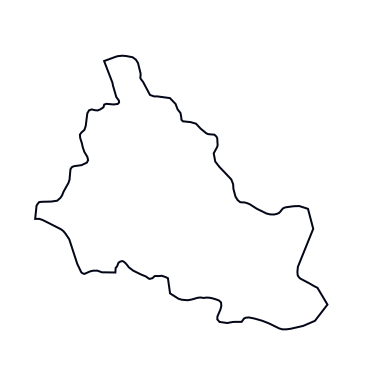 Uri, orthographic projection, rotated 279°
{"feature_id": "CHE-175", "entity_name": "Uri", "entity_type": "Canton", "adm_level": 1, "iso_a3": "CHE", "parent_name": "Switzerland", "parent_adm1": "", "projection": "orthographic", "projection_center": [8.637, 46.761], "detail": "fine", "context": "isolated", "style": "outline", "palette": "ink", "viewbox_px": 384, "rotation_deg": 279, "n_neighbors": 0, "source": "natural_earth", "source_scale": "10m", "svg_char_len": 2292}
<svg xmlns="http://www.w3.org/2000/svg" viewBox="0 0 384 384"><g transform="rotate(279 192 192)"><path d="M154.1,40.6L155.9,41.3L158.1,42.6L158.8,45.0L160.5,54.3L162.3,60.2L165.7,63.0L168.3,64.2L172.3,65.1L181.8,68.6L185.1,69.1L195.4,68.4L197.7,69.4L199.0,71.3L201.2,78.6L204.5,83.5L207.2,84.4L210.2,83.2L214.8,79.4L219.1,77.1L222.5,75.8L227.9,73.1L231.1,72.3L233.5,73.5L236.5,76.0L240.6,76.7L253.4,76.3L256.6,77.6L257.9,80.1L257.6,83.0L257.8,86.1L259.2,88.4L261.8,91.3L264.6,91.6L265.7,93.6L266.2,100.9L267.3,104.8L269.0,106.0L271.0,105.4L273.9,102.4L285.2,97.1L287.2,96.5L307.6,84.7L313.8,95.8L314.6,97.6L315.7,101.8L316.0,105.7L315.8,112.3L313.9,115.9L310.9,118.5L301.2,122.6L299.2,123.0L297.6,123.0L296.4,123.2L295.1,124.3L293.0,126.5L281.3,135.3L280.5,139.6L281.0,142.8L281.3,155.5L276.4,162.0L271.3,164.9L268.3,168.2L265.1,169.4L261.7,170.3L260.4,171.9L260.8,179.7L260.1,185.3L256.0,190.5L252.3,196.8L251.8,198.3L251.7,199.2L252.1,205.2L250.6,207.4L249.1,208.5L242.2,210.0L240.4,209.8L233.6,207.4L225.7,210.2L221.2,215.0L210.6,228.8L206.2,231.4L201.6,232.4L194.2,235.7L191.1,238.4L189.5,241.2L189.6,243.3L189.9,245.1L189.7,247.7L188.9,251.1L185.6,258.6L182.4,269.0L182.1,272.7L182.6,276.5L183.6,279.1L184.9,281.2L186.5,282.4L188.5,283.4L190.3,284.7L191.5,286.8L193.9,294.8L194.9,300.2L193.5,309.2L174.6,317.5L134.7,308.3L129.5,308.6L126.1,309.5L124.5,311.0L123.4,312.6L119.8,323.1L118.1,327.4L117.0,330.9L102.0,343.4L84.0,333.6L77.1,322.7L72.3,310.7L71.1,306.6L70.5,302.7L70.9,299.5L74.2,288.8L75.8,281.6L76.8,273.4L77.0,267.8L76.3,264.9L75.2,263.2L71.5,261.3L70.1,252.8L68.1,247.3L68.0,239.5L70.2,236.9L73.1,236.6L80.6,238.5L84.2,238.8L87.5,237.9L89.1,235.5L89.7,232.5L90.2,228.5L90.3,225.6L90.0,222.9L89.2,220.2L89.1,216.6L88.3,213.9L85.8,208.6L84.4,204.6L84.0,198.5L84.5,195.3L88.4,186.2L103.1,181.7L104.0,178.5L104.5,175.2L103.7,171.9L103.4,169.6L103.0,168.1L101.6,167.2L100.5,166.1L99.5,163.4L101.4,159.5L102.5,154.7L105.1,146.3L107.6,141.6L111.0,137.9L112.3,135.9L112.9,134.3L112.6,133.1L111.8,131.7L110.7,130.5L106.8,129.6L105.2,128.5L100.5,128.9L98.6,115.6L99.5,110.9L98.8,106.6L97.6,103.7L94.3,98.6L94.6,96.4L95.5,95.1L103.1,89.9L126.2,78.1L131.4,73.2L133.3,71.0L134.7,68.4L141.0,48.8L141.6,45.3L140.9,41.3L154.1,40.6Z" fill="none" stroke="#020617" stroke-width="2"/></g></svg>